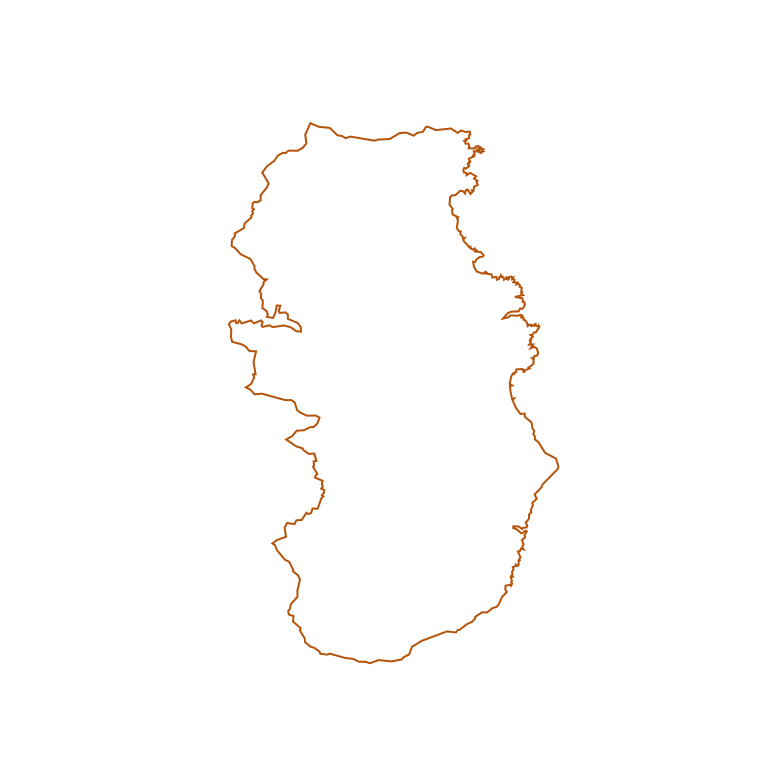 outline of Santiago Maior, Santa Cruz, Cabo Verde, rotated 40°
{"feature_id": "66160863B62302711188639", "entity_name": "Santiago Maior", "entity_type": "district", "adm_level": 2, "iso_a3": "CPV", "parent_name": "Cabo Verde", "parent_adm1": "Santa Cruz", "projection": "albers", "projection_center": [-23.551, 15.111], "detail": "fine", "context": "isolated", "style": "outline", "palette": "amber", "viewbox_px": 768, "rotation_deg": 40, "n_neighbors": 0, "source": "geoboundaries", "source_scale": "gbopen_adm2", "svg_char_len": 6165}
<svg xmlns="http://www.w3.org/2000/svg" viewBox="0 0 768 768"><g transform="rotate(40 384 384)"><path d="M171.9,336.5L174.0,337.5L174.1,340.6L175.4,341.6L174.0,350.5L176.4,354.6L172.8,364.8L174.8,366.5L175.0,371.4L178.6,376.3L182.3,375.6L191.0,376.7L201.3,374.1L209.2,377.0L211.0,379.3L214.7,380.6L224.1,381.1L227.0,379.3L226.1,383.3L227.6,384.9L228.9,392.9L232.0,393.9L234.6,397.4L237.5,397.9L242.1,404.0L247.4,403.7L250.1,405.2L251.2,407.8L256.6,404.7L254.8,398.7L251.4,392.8L254.3,390.6L256.2,395.4L258.4,396.6L262.5,392.5L265.6,392.5L268.5,395.9L278.7,392.7L283.6,393.9L286.8,397.2L282.8,400.0L276.0,400.5L269.7,403.5L262.2,412.0L258.6,412.6L254.2,418.4L252.4,417.8L251.2,414.5L249.0,414.3L245.4,421.1L241.2,420.9L236.0,429.1L232.3,428.2L232.7,431.5L231.2,432.3L229.4,430.6L226.4,434.8L226.9,438.0L232.0,440.4L236.4,446.2L240.5,449.3L249.5,445.1L254.0,444.2L259.8,445.2L265.0,441.2L270.0,451.1L279.4,459.1L277.6,460.8L280.3,462.3L282.2,469.4L280.4,475.4L285.0,474.2L291.4,475.1L296.7,469.9L318.8,459.8L323.3,455.9L327.4,455.5L334.3,459.9L338.4,459.7L345.3,457.8L352.0,452.0L356.2,451.2L358.3,457.1L357.8,462.1L355.2,464.6L352.4,470.9L347.2,475.8L347.1,483.1L344.7,489.4L356.8,488.2L363.0,485.7L364.7,486.5L371.5,485.8L375.3,482.1L381.7,486.4L379.8,488.4L383.0,491.7L382.8,493.0L390.9,495.9L390.4,498.0L391.4,500.0L399.3,497.6L400.5,500.4L403.0,501.9L403.1,504.5L406.3,503.7L407.9,506.0L407.9,509.1L409.8,509.0L409.5,511.6L413.3,522.3L409.3,525.3L411.1,529.7L409.4,532.4L407.3,532.5L408.4,541.1L404.5,544.7L405.5,548.8L399.1,552.8L400.2,558.0L407.2,564.0L402.2,572.5L401.0,577.9L404.1,577.5L408.9,580.1L421.0,582.3L425.6,581.2L434.0,584.7L434.7,586.0L441.1,585.8L445.4,587.9L450.5,598.0L454.5,602.6L454.2,612.5L456.5,616.9L456.4,619.3L459.2,621.8L463.8,619.9L467.1,624.5L477.1,624.6L477.8,626.8L486.9,629.9L489.5,632.5L496.6,632.5L500.0,630.9L506.5,630.4L508.7,631.6L514.3,627.9L516.0,625.3L530.6,618.7L537.0,614.4L543.3,612.9L548.6,608.5L552.7,607.0L557.4,598.9L567.9,591.8L574.5,583.8L574.7,580.4L577.1,575.1L574.4,567.3L578.0,556.5L591.2,533.1L598.8,528.1L598.7,524.8L599.9,523.7L602.0,514.3L604.3,509.7L604.6,505.1L603.5,503.7L605.9,495.9L609.8,492.7L611.2,485.9L613.6,482.2L613.5,478.9L611.3,471.3L611.7,464.3L609.1,463.5L606.8,460.5L609.4,456.9L611.0,457.1L610.6,454.6L608.8,454.2L608.7,452.8L605.2,450.3L606.5,448.8L604.8,448.6L605.2,447.8L602.6,445.3L602.6,443.0L600.3,441.5L602.1,438.5L601.2,437.6L603.2,437.5L603.4,436.0L600.7,432.9L601.3,431.8L600.1,431.3L600.1,429.1L594.2,426.2L595.5,424.8L594.8,422.0L597.0,421.0L595.1,420.7L593.8,417.0L589.9,414.8L590.7,410.9L588.8,409.4L588.2,405.2L586.6,405.5L585.8,409.5L584.7,410.1L579.0,410.0L575.5,411.3L574.6,409.9L578.9,406.5L583.1,406.3L583.0,404.8L585.4,402.1L584.5,400.2L581.6,399.1L581.7,394.0L579.0,390.7L579.4,387.6L577.5,386.1L575.8,380.8L574.1,379.9L574.7,373.7L570.4,371.8L571.0,361.9L570.0,358.8L571.7,337.7L570.8,335.2L563.7,330.6L551.7,333.2L539.3,329.2L535.2,329.5L533.7,327.5L530.6,326.3L529.3,323.4L526.2,322.5L521.4,318.5L513.3,318.7L510.7,316.3L507.8,319.2L500.5,317.5L492.8,313.7L492.9,311.4L491.3,312.8L485.4,308.1L482.1,304.9L482.8,302.8L480.0,304.0L482.0,303.0L480.1,302.9L476.6,296.4L476.0,293.3L477.3,292.7L476.5,291.5L477.5,289.9L476.0,287.7L480.6,283.4L482.9,285.0L483.7,284.3L482.8,283.3L485.6,278.5L484.2,278.5L485.6,272.7L483.0,269.2L481.0,269.0L482.3,268.1L481.2,266.0L483.0,263.7L482.2,261.1L478.2,258.6L475.2,259.0L473.4,262.3L472.9,257.8L469.9,260.6L469.8,257.6L468.0,257.2L468.3,255.6L467.3,255.5L467.6,252.1L464.9,252.2L466.1,250.7L465.8,248.0L467.1,247.0L466.3,240.4L465.0,239.7L465.3,240.7L462.6,241.8L461.1,239.9L461.7,242.9L459.2,243.8L459.7,244.8L457.1,245.0L456.7,247.3L454.5,245.3L450.2,244.3L449.4,245.1L448.0,243.5L446.9,244.5L446.2,243.2L445.8,244.0L445.3,242.9L444.0,243.3L442.4,246.0L436.8,250.1L436.6,252.7L433.1,257.4L433.3,250.2L435.1,246.7L440.4,241.8L439.8,238.7L441.5,237.7L441.7,234.8L440.5,232.1L438.4,231.0L437.5,231.9L435.0,229.3L428.3,233.1L433.4,226.5L430.9,226.5L430.7,224.8L429.8,225.1L427.7,221.8L425.3,222.3L424.8,221.0L422.7,220.8L421.4,222.6L421.1,220.5L417.7,223.0L417.1,220.5L415.7,220.8L414.8,219.4L414.5,220.9L413.8,219.7L412.1,220.0L411.3,221.6L412.5,223.6L410.9,222.6L409.4,223.3L411.2,224.4L409.6,224.8L408.9,227.0L407.7,225.8L404.0,225.5L405.2,226.6L403.6,227.6L404.5,229.9L403.5,231.6L401.2,229.7L398.6,232.8L395.8,230.9L391.3,233.8L391.3,232.7L389.6,232.7L389.0,235.8L382.7,238.3L377.5,236.3L373.7,233.1L375.4,231.6L374.7,229.3L375.7,225.1L377.8,223.1L377.5,221.2L373.2,220.8L370.4,222.8L369.2,222.1L369.1,223.7L368.0,223.9L366.2,221.1L366.4,223.4L363.6,224.5L362.1,223.3L361.9,224.4L353.1,223.2L351.9,222.4L351.9,220.5L350.9,221.8L349.4,220.4L346.2,220.2L344.7,217.8L343.3,218.8L339.5,217.8L335.3,210.8L333.1,210.2L333.6,208.6L327.7,210.0L324.5,207.3L324.3,205.7L319.0,204.6L314.7,198.6L314.6,196.2L317.4,193.3L318.1,187.0L320.7,185.5L323.7,186.0L322.2,183.1L322.9,181.4L328.2,182.8L328.3,179.2L327.1,179.2L328.3,178.2L326.2,175.2L327.8,171.2L325.1,169.8L325.0,168.3L320.9,168.8L321.1,165.7L314.3,166.9L313.0,171.0L311.6,169.4L309.0,170.5L307.1,168.8L306.6,166.9L308.3,166.3L309.2,162.5L307.1,161.8L307.7,160.9L306.5,160.3L307.4,158.8L307.1,158.1L306.4,158.6L304.2,156.8L306.6,151.8L305.3,151.5L306.0,149.9L303.2,148.0L305.6,146.1L304.9,144.8L306.1,145.4L305.8,143.5L308.5,145.3L310.0,144.5L309.3,143.6L310.6,141.9L308.3,141.9L309.0,140.3L306.5,141.3L306.2,142.6L305.8,140.7L304.8,141.8L303.5,141.0L301.7,143.0L302.1,145.3L297.3,149.0L296.4,146.8L294.1,145.6L292.1,147.4L289.1,146.2L290.6,144.5L289.2,143.9L291.2,141.2L289.1,138.4L289.7,137.3L287.4,135.5L284.9,138.3L280.1,140.3L279.0,144.3L271.1,145.2L260.6,156.1L251.8,158.9L250.9,160.4L251.7,165.6L248.0,170.4L247.1,174.7L239.6,177.0L234.7,181.7L230.9,192.7L222.1,200.8L220.5,203.6L199.2,216.1L196.7,220.3L192.2,221.1L188.6,223.4L177.7,222.7L168.9,228.8L160.0,231.6L163.4,243.6L169.9,249.6L170.0,254.9L167.9,260.8L160.9,266.6L160.1,270.5L158.1,271.7L155.9,276.7L156.5,283.8L154.4,292.2L154.9,300.3L166.6,304.4L167.9,308.3L168.2,318.8L171.5,322.6L170.1,326.2L167.5,328.0L167.3,330.0L170.1,334.0L172.0,333.8L171.9,336.5Z" fill="none" stroke="#b45309" stroke-width="2"/></g></svg>